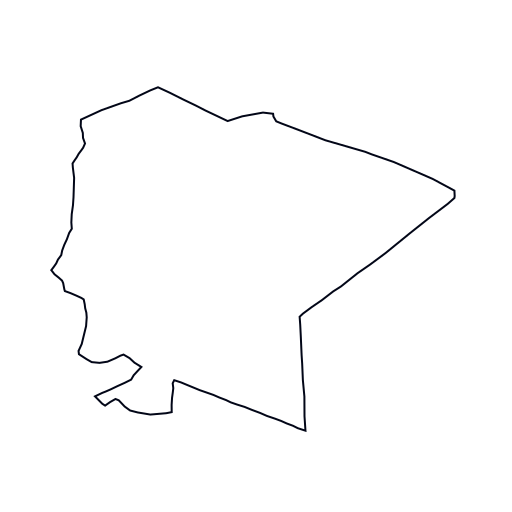 Suq Al-Shoyokh, Dhi-Qar, Iraq, rotated 263°
{"feature_id": "34846034B93046718311053", "entity_name": "Suq Al-Shoyokh", "entity_type": "district", "adm_level": 2, "iso_a3": "IRQ", "parent_name": "Iraq", "parent_adm1": "Dhi-Qar", "projection": "robinson", "projection_center": [46.449, 30.814], "detail": "fine", "context": "isolated", "style": "outline", "palette": "ink", "viewbox_px": 512, "rotation_deg": 263, "n_neighbors": 0, "source": "geoboundaries", "source_scale": "gbopen_adm2", "svg_char_len": 1944}
<svg xmlns="http://www.w3.org/2000/svg" viewBox="0 0 512 512"><g transform="rotate(263 256 256)"><path d="M412.7,98.9L406.2,97.8L399.3,99.1L394.3,98.7L388.5,100.0L384.5,97.6L382.1,95.4L379.1,92.5L375.7,90.0L373.4,87.9L370.2,85.2L366.1,85.0L362.6,85.0L355.7,85.0L344.7,83.3L336.4,82.0L328.6,80.5L320.0,78.2L311.8,76.8L305.5,76.5L301.7,73.4L295.6,70.3L290.5,67.1L285.1,64.3L280.6,62.8L276.6,59.0L273.0,56.8L270.0,54.1L266.9,51.1L262.4,53.8L258.4,57.7L255.2,60.5L252.6,61.3L246.3,61.7L244.5,62.0L241.8,67.3L238.6,72.8L235.7,77.5L233.9,79.7L229.0,80.1L225.0,80.1L220.4,80.7L215.7,80.5L207.1,78.8L198.1,75.4L189.9,72.3L183.4,68.3L180.1,68.3L174.3,75.2L170.7,80.0L169.0,87.7L169.2,95.7L171.6,103.9L173.6,109.3L174.3,112.5L170.0,118.1L164.9,122.4L159.8,128.7L157.4,125.8L152.6,120.1L148.5,117.0L146.1,110.2L143.7,102.5L141.3,95.4L139.7,90.0L138.9,86.8L136.3,79.1L128.1,85.4L125.9,88.0L128.8,93.4L131.2,99.1L129.5,102.2L122.6,107.3L118.0,112.2L115.1,119.6L113.2,126.1L111.5,131.8L110.9,147.7L111.3,153.3L118.5,154.1L125.5,155.4L130.4,156.7L134.9,157.8L139.8,157.8L142.7,159.7L139.6,166.3L136.3,172.1L132.7,178.5L129.7,183.8L127.5,188.3L123.3,196.8L120.1,202.2L116.6,208.8L113.8,213.1L110.9,219.0L107.6,226.3L103.8,233.1L99.7,241.0L95.9,247.4L92.2,255.1L89.2,260.9L86.1,266.0L83.0,272.0L80.0,276.5L77.1,282.7L76.6,283.8L91.0,284.6L110.6,286.9L127.2,287.4L143.4,288.7L152.2,289.2L169.9,290.6L182.3,291.5L190.4,291.9L193.1,295.6L198.5,305.1L204.2,316.1L211.5,328.4L215.4,336.6L226.6,354.8L233.5,368.0L243.1,384.9L259.7,411.3L272.8,432.7L284.4,452.7L289.4,460.0L291.3,460.5L296.7,460.9L311.0,440.7L332.5,404.2L342.8,383.2L346.1,377.1L362.4,339.0L375.1,315.2L384.4,297.5L387.2,292.5L392.3,290.3L395.1,290.3L397.5,280.4L396.3,259.3L393.4,244.3L396.5,239.4L399.5,234.7L406.6,223.5L412.8,214.4L420.3,202.7L428.5,190.4L435.4,179.3L433.3,171.4L429.4,159.7L425.5,149.2L424.1,140.7L419.6,120.5L412.7,98.9Z" fill="none" stroke="#020617" stroke-width="2"/></g></svg>